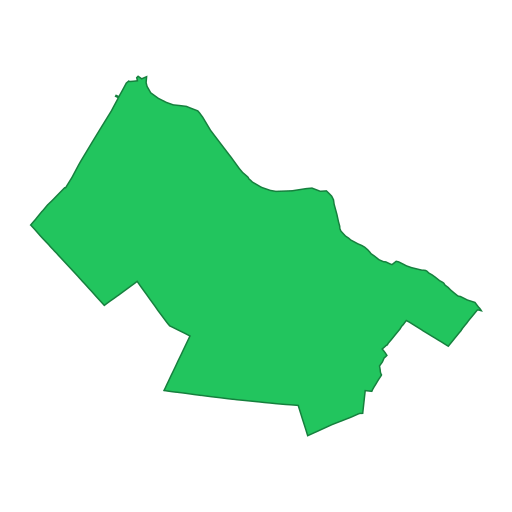 Adunatii-Copaceni, Giurgiu, Romania (orthographic projection)
{"feature_id": "2599482B97048996480927", "entity_name": "Adunatii-Copaceni", "entity_type": "district", "adm_level": 2, "iso_a3": "ROU", "parent_name": "Romania", "parent_adm1": "Giurgiu", "projection": "orthographic", "projection_center": [26.057, 44.248], "detail": "fine", "context": "isolated", "style": "filled", "palette": "green", "viewbox_px": 512, "rotation_deg": 0, "n_neighbors": 0, "source": "geoboundaries", "source_scale": "gbopen_adm2", "svg_char_len": 4619}
<svg xmlns="http://www.w3.org/2000/svg" viewBox="0 0 512 512"><path d="M307.7,435.7L309.2,435.0L322.6,428.9L332.0,424.6L350.7,417.3L351.9,416.8L355.0,415.4L358.6,413.8L359.9,413.4L361.2,413.4L362.7,413.3L365.2,390.6L371.7,391.3L371.8,391.3L372.2,390.4L372.6,389.5L374.2,386.7L375.6,384.5L378.2,380.1L381.3,375.4L381.5,374.9L381.3,374.5L380.7,373.3L380.6,372.9L380.3,371.4L380.2,370.1L379.5,365.9L380.2,365.0L382.4,361.9L383.4,359.6L384.1,358.0L385.3,357.0L386.7,355.6L386.9,355.4L386.1,354.2L385.2,352.8L383.6,350.7L382.2,349.0L384.7,346.8L386.2,345.4L386.7,345.2L387.0,345.1L387.4,344.7L387.6,344.4L387.9,343.7L388.5,342.9L391.2,339.8L394.9,335.2L400.4,328.5L400.5,328.0L402.2,325.6L403.2,324.7L404.7,322.6L406.0,321.0L406.3,320.5L408.1,321.5L409.3,322.1L412.0,323.8L415.2,325.8L421.8,329.9L422.4,330.4L425.7,332.4L428.2,333.9L431.1,335.7L434.8,337.9L438.5,340.2L441.9,342.2L443.9,343.5L447.6,345.8L448.3,346.2L454.0,339.2L454.2,338.9L456.5,336.1L458.2,334.0L459.1,332.9L460.3,331.5L460.8,330.9L461.1,330.6L461.3,330.2L461.4,329.8L461.7,329.5L462.0,329.1L462.3,328.8L462.3,328.7L462.2,328.6L463.0,327.7L465.0,325.2L465.5,324.6L465.7,324.4L467.0,322.8L467.9,321.5L469.7,319.2L471.9,316.6L474.7,313.2L476.9,310.5L477.4,310.0L478.4,310.0L480.0,310.3L480.4,310.5L480.9,310.6L481.3,310.7L480.6,309.6L479.5,308.1L478.8,307.5L478.1,306.6L475.0,302.5L474.9,302.4L471.4,301.3L467.3,300.0L465.0,298.8L462.0,297.3L460.4,296.5L459.8,296.4L458.4,296.2L457.4,295.6L454.2,293.0L450.5,289.9L448.2,287.5L446.2,286.0L445.0,285.1L443.8,283.2L442.6,282.3L439.5,280.6L435.9,277.7L432.1,274.9L428.9,273.1L426.8,271.1L425.3,270.4L423.4,270.2L422.0,270.2L417.1,269.0L411.4,267.6L406.3,265.8L403.9,264.5L398.7,261.9L396.2,261.3L392.0,264.6L390.5,264.1L385.8,261.9L383.5,261.7L379.1,259.8L374.2,255.9L371.0,253.7L369.8,252.1L367.7,249.8L364.7,247.2L361.8,245.5L357.8,243.8L354.3,241.9L350.7,240.0L348.7,238.2L345.4,236.0L340.9,231.1L339.8,228.5L339.7,226.2L338.5,221.9L336.9,214.5L334.1,204.2L333.5,199.8L331.7,196.2L329.9,194.3L326.4,190.9L320.3,191.3L312.0,188.1L306.3,188.6L292.2,190.8L275.9,191.4L270.8,190.5L270.2,190.4L269.1,190.0L263.6,188.1L261.9,187.5L261.1,187.1L260.5,186.8L258.3,185.5L255.2,183.7L254.5,183.3L252.4,182.1L250.6,180.3L249.0,179.0L248.0,177.2L242.6,172.5L239.4,168.7L230.3,156.2L229.6,155.4L214.2,135.2L210.5,130.3L202.8,117.4L199.6,113.0L197.8,110.9L196.8,110.5L195.5,110.0L189.8,107.8L186.4,106.4L179.2,105.5L173.3,104.9L166.3,102.4L158.4,98.4L150.7,92.8L147.0,86.3L146.1,82.6L146.6,76.7L141.7,78.8L138.1,76.3L136.7,77.7L137.1,79.2L137.4,80.8L133.8,81.2L131.4,81.4L129.9,81.5L128.8,81.2L128.7,81.1L126.3,83.1L125.3,85.0L122.6,90.0L119.1,96.3L118.9,96.7L116.1,95.4L115.6,96.3L118.3,97.6L117.7,99.1L113.5,106.9L111.4,110.9L103.0,124.5L102.0,126.1L92.6,141.5L80.8,161.1L78.5,165.2L72.0,177.4L65.7,187.6L65.5,187.8L65.3,187.7L65.2,187.7L64.8,187.7L64.3,188.1L60.3,192.2L56.2,196.4L52.8,199.9L51.9,200.8L47.7,204.8L46.5,206.2L43.1,210.3L42.5,211.0L42.0,211.4L39.7,214.2L37.1,217.4L35.6,219.3L33.5,221.7L31.8,223.7L30.7,225.0L31.0,225.2L31.7,226.1L32.9,227.4L35.0,229.7L38.2,233.4L40.2,235.7L41.5,237.1L42.4,238.1L44.5,240.3L46.0,241.9L46.8,242.7L48.8,244.8L50.2,246.5L50.4,246.7L51.7,248.1L52.9,249.3L53.8,250.3L54.3,250.9L55.0,251.6L56.7,253.3L58.4,255.3L62.9,260.1L66.9,264.4L71.0,268.8L76.1,274.3L77.2,275.5L79.2,277.7L79.4,278.0L79.9,278.5L81.0,279.7L82.3,281.2L84.3,283.3L86.3,285.5L88.8,288.3L91.6,291.3L96.0,296.3L100.5,301.2L104.3,305.4L107.2,303.2L110.2,301.0L113.4,298.8L116.3,296.7L117.5,295.8L117.7,295.7L118.2,295.4L124.0,291.1L130.8,286.1L134.8,283.2L137.1,281.4L137.2,281.6L137.6,282.0L140.9,286.7L144.3,291.4L146.5,294.4L149.9,299.2L155.2,306.5L157.2,309.4L157.3,309.6L158.4,311.1L162.0,315.9L166.3,321.7L167.7,323.5L168.1,324.0L169.0,325.0L169.4,325.6L169.5,325.7L169.7,325.9L170.2,326.1L172.9,327.4L178.5,330.2L185.0,333.4L190.0,336.0L188.7,338.7L186.5,343.3L183.4,349.8L181.0,354.9L178.2,360.6L175.8,365.8L172.6,372.5L171.7,374.3L171.4,374.9L169.9,378.1L168.3,381.5L167.0,384.2L166.3,385.7L165.3,387.9L164.0,390.5L164.4,390.6L165.7,390.7L167.3,391.0L171.5,391.6L175.5,392.1L176.8,392.2L178.0,392.3L178.9,392.5L179.1,392.5L181.0,392.7L185.7,393.3L192.0,394.2L193.3,394.4L194.7,394.6L197.1,394.9L200.9,395.4L201.1,395.4L201.6,395.4L205.2,395.9L211.3,396.7L220.1,397.7L227.0,398.6L233.0,399.3L233.7,399.3L236.7,399.7L241.0,400.1L248.1,400.8L256.0,401.6L259.2,401.9L259.3,401.9L264.3,402.5L270.0,403.0L275.5,403.6L285.8,404.5L290.9,404.8L298.2,405.4L299.6,409.9L302.5,419.2L303.6,422.6L305.0,427.0L305.9,429.8L307.2,434.1L307.3,434.4L307.7,435.7Z" fill="#22c55e" stroke="#15803d" stroke-width="1.5"/></svg>